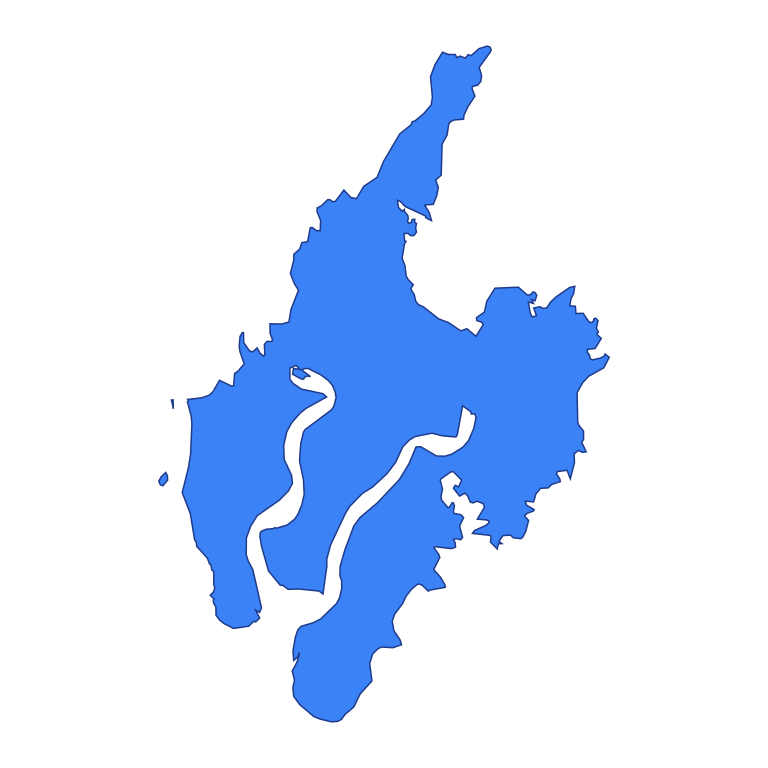 the district of Barguna, Barisal, Bangladesh
{"feature_id": "16705992B13795829103768", "entity_name": "Barguna", "entity_type": "district", "adm_level": 2, "iso_a3": "BGD", "parent_name": "Bangladesh", "parent_adm1": "Barisal", "projection": "natural_earth1", "projection_center": [90.164, 22.173], "detail": "fine", "context": "isolated", "style": "filled", "palette": "blue", "viewbox_px": 768, "rotation_deg": 0, "n_neighbors": 0, "source": "geoboundaries", "source_scale": "gbopen_adm2", "svg_char_len": 6098}
<svg xmlns="http://www.w3.org/2000/svg" viewBox="0 0 768 768"><path d="M480.8,81.3L481.6,75.7L479.2,67.3L490.4,51.9L491.2,49.7L489.9,47.0L487.1,46.1L478.9,48.7L471.2,55.6L468.3,54.6L465.1,58.1L460.1,56.1L456.8,57.6L455.2,54.5L448.5,54.5L442.5,52.2L435.1,64.4L430.5,76.8L432.4,97.4L431.2,104.9L423.6,113.7L415.1,120.8L412.2,121.7L411.2,124.7L399.7,134.0L383.5,161.5L377.1,177.3L363.8,186.3L356.5,198.6L350.8,197.5L343.9,190.0L335.5,201.2L332.9,201.8L329.9,199.7L327.7,199.7L321.6,205.6L317.1,208.0L317.1,211.9L320.6,220.4L320.2,230.7L316.7,230.7L312.2,227.5L310.3,227.7L307.6,241.7L301.9,242.6L299.7,249.0L293.8,254.3L293.8,260.0L290.4,273.5L294.4,283.7L298.5,290.2L290.9,309.8L288.9,322.0L281.9,324.0L270.0,323.8L270.1,333.3L272.5,339.9L271.6,341.5L267.0,341.4L264.4,344.4L264.8,354.5L263.7,356.2L260.1,353.3L257.1,347.9L252.7,352.0L249.3,350.6L243.7,342.6L243.5,332.6L242.3,332.7L240.0,336.5L239.2,346.5L240.0,351.9L244.2,363.8L238.2,371.0L234.6,373.5L233.6,385.7L231.6,386.1L219.5,380.3L213.0,391.6L209.2,395.2L201.8,397.8L187.8,399.4L188.6,400.3L187.4,401.7L191.2,416.1L191.9,423.7L190.6,453.9L188.4,467.9L182.2,492.6L190.4,513.8L194.6,539.8L196.4,542.5L196.7,546.4L207.2,557.9L209.6,564.0L210.9,565.0L212.0,570.3L213.7,571.5L213.8,584.4L214.8,587.9L213.4,592.1L210.2,595.3L214.2,599.0L213.3,599.9L213.5,602.8L215.9,607.2L216.0,615.2L219.5,620.0L223.9,623.5L233.4,628.4L248.8,626.2L253.1,621.9L254.8,621.2L255.7,622.0L259.7,618.0L255.6,610.2L259.6,612.4L261.5,607.8L252.8,569.6L248.2,560.9L246.2,554.5L246.4,537.9L250.7,526.1L257.2,515.7L279.1,500.4L288.3,491.1L292.5,483.3L291.5,475.1L284.2,459.5L283.7,445.4L286.8,431.7L291.7,422.7L300.4,412.9L306.5,408.1L326.6,397.0L323.0,393.7L301.4,389.1L293.1,383.4L289.9,379.4L289.9,368.1L295.6,365.4L296.9,366.2L300.1,369.6L293.4,368.3L292.6,374.2L301.2,379.0L303.6,379.1L304.6,377.2L307.4,376.0L310.5,376.6L301.7,370.0L304.5,368.7L307.9,368.4L321.1,375.0L328.7,380.8L332.6,385.6L335.3,392.4L336.1,397.8L333.7,406.5L331.4,409.9L305.2,429.5L303.5,432.1L300.8,443.2L299.5,460.8L303.5,480.0L304.2,494.4L301.8,504.9L298.2,513.7L294.8,519.0L287.2,525.0L276.6,528.2L274.6,527.6L273.8,528.6L266.2,529.2L261.3,531.3L260.2,532.8L259.9,536.5L261.5,546.2L268.5,570.9L280.3,585.3L282.6,585.2L288.1,589.3L299.0,589.0L319.2,591.1L323.0,594.0L326.8,566.4L326.8,559.1L330.6,544.9L345.3,513.6L349.8,506.3L362.5,493.3L372.5,487.1L387.0,473.7L395.7,462.2L402.6,447.1L409.1,440.2L414.9,436.6L432.0,433.2L442.4,435.8L455.9,437.0L457.3,434.8L462.6,405.8L470.9,411.8L471.1,413.9L475.0,414.0L476.0,417.8L473.8,428.4L468.5,440.7L463.0,447.1L451.9,454.1L444.8,456.2L436.5,456.0L420.9,446.8L416.1,446.9L408.9,463.9L399.2,479.8L377.1,503.1L360.2,517.3L353.8,526.0L345.0,549.6L340.2,566.1L339.9,575.5L341.7,581.1L341.7,588.7L339.5,597.9L336.5,603.6L320.9,618.8L313.3,622.7L301.1,626.3L297.8,630.0L295.4,637.0L293.0,650.7L293.7,660.4L298.3,656.4L298.7,653.3L299.4,654.0L297.0,662.1L292.2,671.1L294.5,680.0L292.9,687.8L293.7,696.3L299.8,704.7L313.7,716.5L320.1,719.1L331.8,721.9L337.9,721.3L341.3,719.5L345.2,714.3L353.8,707.0L360.1,694.0L371.9,681.0L369.7,663.4L372.7,653.9L377.6,649.0L381.4,647.0L392.9,647.7L401.5,644.8L400.3,640.2L393.9,630.7L392.2,621.2L394.6,614.2L402.7,603.5L406.0,596.3L411.4,589.4L417.2,584.4L419.1,584.0L421.9,585.0L428.4,591.2L429.4,590.2L445.3,587.3L444.9,584.8L440.8,577.6L433.7,569.5L439.8,557.5L438.7,554.3L433.9,547.7L435.5,546.7L451.2,548.6L455.5,547.3L455.2,542.8L453.5,539.5L456.6,538.7L460.5,539.8L462.6,537.5L459.6,526.1L463.6,517.6L461.0,514.7L454.0,513.4L453.4,511.7L454.4,505.7L453.4,502.8L452.2,502.7L449.3,507.3L447.9,507.6L441.6,500.1L441.0,496.7L442.5,489.1L440.2,480.0L441.0,478.9L450.5,472.1L453.2,471.5L461.6,480.2L458.5,487.0L455.3,485.3L453.4,488.2L459.6,496.1L465.0,493.1L467.4,495.5L470.3,502.0L473.0,502.9L477.2,501.2L483.3,503.7L484.5,507.2L477.3,519.1L487.1,520.0L488.9,521.2L489.0,522.7L485.7,525.5L474.5,530.5L472.5,533.4L490.2,535.4L491.1,537.4L490.4,542.0L497.2,549.0L498.4,543.8L501.9,543.6L499.0,541.4L502.9,535.6L510.3,535.1L513.5,537.8L520.7,538.7L522.6,537.5L525.8,531.3L528.6,520.5L524.9,516.5L525.0,515.2L527.3,513.2L533.3,511.1L534.2,509.6L526.7,505.3L525.2,501.1L533.6,501.9L535.9,493.9L540.6,488.3L548.1,487.9L551.6,484.5L560.3,481.6L559.8,479.0L556.4,473.6L557.5,471.5L567.1,470.3L570.3,478.8L574.5,462.7L574.1,454.0L578.2,450.4L582.7,452.4L586.2,451.8L581.7,442.3L583.6,439.5L583.5,431.1L578.8,425.2L577.7,422.1L577.1,392.6L582.6,382.8L588.6,376.3L603.8,367.8L609.2,357.3L605.0,354.0L604.4,355.9L600.7,358.0L592.5,359.9L590.3,358.7L589.5,355.1L587.4,352.3L587.5,349.3L595.1,348.5L601.3,338.4L596.7,334.2L598.4,332.1L596.4,328.2L598.0,320.6L595.7,318.2L593.8,318.9L593.7,320.7L591.7,322.7L589.0,321.9L583.1,313.3L576.0,313.5L575.3,306.2L569.8,305.8L571.0,298.7L573.6,293.7L574.8,286.3L569.5,287.6L556.2,296.8L550.6,302.0L546.8,307.7L543.5,308.6L540.0,306.7L533.7,308.0L536.5,315.7L532.2,317.0L530.3,313.2L528.3,302.0L533.5,303.5L531.4,299.5L535.0,300.9L536.8,295.3L535.0,292.5L533.0,291.9L530.3,294.9L527.1,294.9L518.4,287.2L495.0,288.2L486.8,301.2L484.4,312.1L476.4,317.7L476.9,320.6L481.9,322.3L483.2,324.6L476.0,336.3L466.9,328.7L460.8,330.9L448.7,322.7L438.7,318.9L423.6,307.0L418.3,304.5L415.8,301.4L414.2,294.5L411.2,289.8L411.1,288.0L413.3,284.8L408.2,279.6L406.1,275.8L405.0,265.9L402.1,258.1L404.5,243.8L406.0,241.5L404.6,240.5L404.0,233.5L408.0,233.4L410.7,235.6L413.8,235.6L416.5,232.2L415.6,227.8L416.5,223.5L414.6,222.4L414.8,219.3L413.7,219.2L411.8,220.0L411.3,222.7L408.4,223.1L407.4,220.2L408.3,218.9L407.8,215.5L404.6,211.6L404.3,209.5L402.2,211.3L398.5,207.5L397.4,200.3L400.4,201.5L405.1,206.5L425.8,216.1L425.6,217.4L426.9,218.4L431.5,220.6L429.2,212.4L424.6,205.1L433.3,204.3L436.8,195.6L438.3,187.4L435.7,180.0L441.2,175.2L442.1,144.1L447.1,135.0L448.7,124.1L450.7,121.5L454.0,120.0L463.6,119.2L464.0,115.0L467.9,106.8L474.9,96.1L472.0,88.4L472.5,86.4L477.7,85.2L480.8,81.3ZM162.8,485.8L167.6,480.2L167.4,475.6L165.7,472.5L161.2,476.8L158.8,481.1L160.3,484.8L162.8,485.8ZM173.3,408.8L173.1,399.9L171.4,400.0L172.5,404.5L173.3,408.8Z" fill="#3b82f6" stroke="#1e3a8a" stroke-width="1.5"/></svg>